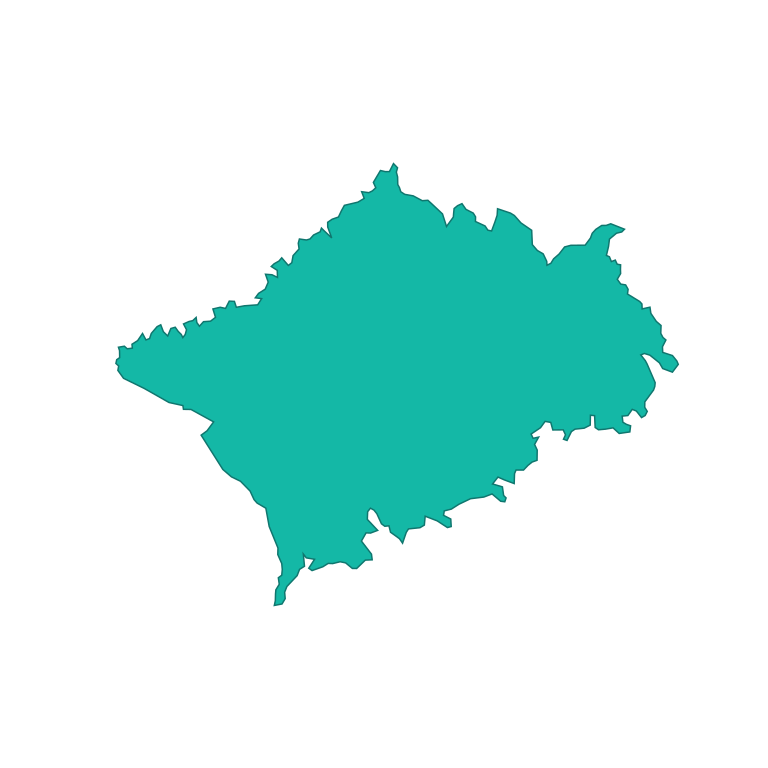 outline of Jari, Rio Grande do Sul, Brazil, rotated 207°
{"feature_id": "56859067B68969944095338", "entity_name": "Jari", "entity_type": "district", "adm_level": 2, "iso_a3": "BRA", "parent_name": "Brazil", "parent_adm1": "Rio Grande do Sul", "projection": "robinson", "projection_center": [-54.306, -29.276], "detail": "fine", "context": "isolated", "style": "filled", "palette": "teal", "viewbox_px": 768, "rotation_deg": 207, "n_neighbors": 0, "source": "geoboundaries", "source_scale": "gbopen_adm2", "svg_char_len": 3951}
<svg xmlns="http://www.w3.org/2000/svg" viewBox="0 0 768 768"><g transform="rotate(207 384 384)"><path d="M240.0,631.1L254.7,629.7L258.0,626.2L262.0,624.1L265.5,617.9L266.9,612.8L266.3,607.8L267.8,599.0L280.5,592.4L285.3,588.1L287.0,579.3L289.7,572.5L290.1,567.3L292.7,563.8L294.7,567.2L301.2,572.2L308.0,572.6L315.1,575.5L322.2,588.0L335.1,589.7L344.3,593.3L348.9,593.7L362.4,591.7L359.8,585.7L358.7,578.5L357.6,569.2L361.3,568.2L365.7,570.7L376.3,570.3L378.3,574.5L382.1,576.8L390.2,576.8L396.4,580.1L399.4,576.3L401.2,572.2L399.5,567.8L398.0,564.2L399.8,552.7L409.1,562.1L423.5,566.3L428.3,567.6L433.1,564.7L443.4,564.9L451.6,562.4L456.3,562.9L459.4,566.0L462.3,568.0L465.9,574.7L469.2,578.4L470.1,582.8L475.6,584.7L475.6,575.7L479.3,573.8L484.1,572.6L485.0,558.8L480.4,555.1L482.0,550.8L484.4,547.6L491.2,545.2L485.9,540.4L489.8,534.2L500.4,525.2L500.6,519.0L500.4,512.1L505.0,507.3L507.6,502.5L505.4,498.3L496.9,490.4L506.8,493.3L510.5,494.5L510.0,490.6L514.4,484.8L515.8,479.6L518.5,477.1L525.2,474.8L524.3,470.5L521.0,465.8L523.3,457.1L521.2,450.2L523.1,446.2L532.4,450.0L533.4,445.9L536.5,441.2L537.8,437.5L530.7,436.8L527.3,430.6L533.4,430.5L539.4,428.0L533.4,422.2L532.9,414.6L536.9,407.8L537.8,402.4L531.8,404.5L532.5,397.2L537.8,394.0L543.9,390.3L550.4,385.3L554.8,389.7L559.5,387.6L559.5,379.4L564.8,378.0L570.5,373.2L564.4,366.9L567.1,361.2L573.1,357.6L574.7,351.7L578.7,353.8L581.6,358.0L583.2,353.6L586.1,351.2L589.9,346.5L584.6,342.7L583.6,337.9L584.3,334.0L587.1,336.1L591.2,337.4L595.8,339.8L599.1,336.7L598.5,328.6L604.3,330.4L609.8,335.4L612.2,332.1L614.3,323.4L613.5,318.1L616.1,315.2L622.1,319.4L623.2,310.8L626.6,305.0L624.5,301.7L628.8,298.8L632.5,299.8L637.3,296.2L634.8,293.7L631.5,287.5L633.2,284.3L632.2,280.6L628.6,279.6L627.3,275.3L618.6,270.8L595.8,271.2L567.2,269.9L553.4,273.5L551.2,270.4L544.4,273.7L518.6,272.9L520.4,262.0L523.7,255.4L488.8,234.7L477.8,232.0L467.7,232.2L454.7,227.8L447.3,222.0L443.0,220.3L432.9,219.7L421.6,204.9L404.0,189.7L401.2,183.8L393.6,177.6L390.4,172.5L388.3,167.2L390.2,163.4L386.4,158.0L386.9,151.5L385.4,147.8L382.4,141.5L381.2,136.9L375.0,141.7L374.6,147.9L378.0,153.4L378.6,159.5L374.4,173.8L375.1,180.5L372.1,185.5L378.7,195.9L374.3,193.8L366.3,196.3L367.4,185.7L363.4,185.1L355.5,193.4L352.3,198.8L348.2,200.7L342.4,205.7L337.0,207.2L328.5,205.3L324.6,207.2L320.7,218.6L314.7,222.0L317.9,226.7L332.8,233.8L332.4,243.2L328.3,245.1L323.2,250.7L337.4,255.8L340.6,262.8L339.7,267.2L335.7,267.1L331.5,265.2L322.8,258.3L318.7,257.6L315.2,259.9L310.9,254.9L300.0,253.2L295.2,250.6L296.8,261.9L296.4,266.0L286.7,272.3L284.0,276.6L287.3,284.9L274.5,286.2L262.3,284.9L259.4,287.5L263.2,294.0L271.3,294.0L272.7,298.3L267.2,303.1L262.7,310.8L254.8,321.1L243.7,328.6L237.8,335.1L226.8,332.5L222.9,333.9L223.5,337.9L226.8,339.0L231.8,346.1L241.9,344.2L240.2,352.8L233.1,353.2L222.8,354.4L227.0,363.4L227.3,367.3L220.6,370.7L218.8,376.8L216.6,381.7L213.0,385.5L217.5,394.7L222.4,398.5L222.1,406.9L226.5,403.3L230.2,406.2L224.7,416.1L223.5,423.8L218.0,425.5L212.7,419.7L203.5,424.5L199.2,421.1L199.0,416.3L195.3,416.8L195.4,426.7L193.3,430.5L185.6,435.5L181.6,441.0L185.9,449.9L182.0,451.4L176.1,441.1L172.1,440.6L166.2,444.3L160.0,448.9L152.0,446.7L143.2,452.9L145.3,458.7L149.8,458.1L153.8,458.4L157.2,463.5L152.4,466.6L151.3,474.1L146.9,474.5L139.3,471.0L137.0,474.5L137.0,479.1L141.1,481.6L143.5,486.5L141.1,501.0L141.6,504.8L143.0,508.3L158.7,521.3L161.7,523.4L168.4,526.5L165.9,529.4L160.2,530.4L148.2,527.9L142.7,524.3L132.4,525.5L130.7,535.1L133.6,537.5L139.9,540.3L150.0,538.7L152.8,543.6L152.8,551.2L156.6,552.1L160.4,554.8L163.7,561.9L169.8,563.4L178.3,568.1L181.9,573.2L188.1,568.1L190.5,572.4L193.6,573.6L207.9,574.7L209.5,579.2L213.7,582.0L218.4,580.5L223.7,583.2L223.3,589.8L225.3,593.4L227.3,597.6L230.6,596.6L234.2,599.4L237.0,596.3L240.9,599.7L244.2,599.5L246.4,608.5L248.9,615.5L245.3,623.9L241.2,627.4L240.0,631.1Z" fill="#14b8a6" stroke="#0f766e" stroke-width="1.5"/></g></svg>